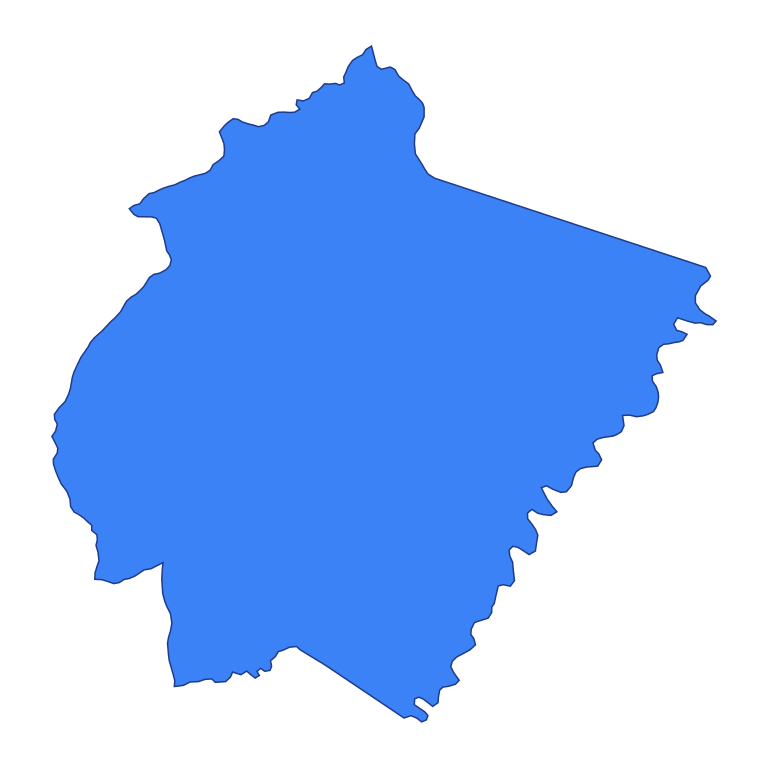 Denise, Mato Grosso, Brazil (orthographic projection)
{"feature_id": "56859067B19812076642254", "entity_name": "Denise", "entity_type": "district", "adm_level": 2, "iso_a3": "BRA", "parent_name": "Brazil", "parent_adm1": "Mato Grosso", "projection": "orthographic", "projection_center": [-56.967, -14.723], "detail": "fine", "context": "isolated", "style": "filled", "palette": "blue", "viewbox_px": 768, "rotation_deg": 0, "n_neighbors": 0, "source": "geoboundaries", "source_scale": "gbopen_adm2", "svg_char_len": 4138}
<svg xmlns="http://www.w3.org/2000/svg" viewBox="0 0 768 768"><path d="M705.8,267.5L434.6,178.2L427.9,173.9L424.6,168.9L422.2,164.6L415.4,153.9L414.4,143.9L414.9,134.0L419.2,128.2L424.1,116.9L424.1,107.4L422.5,103.1L419.3,99.5L415.4,96.0L412.1,90.6L408.6,83.9L403.2,79.9L398.6,76.0L394.9,69.5L390.2,67.0L385.5,68.3L381.3,69.2L377.0,66.4L375.3,60.8L373.2,52.5L371.5,46.1L366.0,49.5L362.6,54.7L357.0,57.5L352.5,60.5L348.2,66.6L346.1,71.9L343.7,77.0L344.3,82.9L339.6,85.0L335.6,83.4L329.7,84.1L324.5,83.8L321.4,87.3L317.0,91.2L312.5,92.6L309.4,98.2L303.6,100.9L297.1,99.9L296.2,104.8L299.8,109.1L294.6,112.2L290.2,112.5L283.7,112.1L277.9,112.3L270.8,115.0L268.4,121.8L264.2,125.4L258.5,126.7L253.1,125.0L248.7,124.0L242.4,122.0L238.1,119.4L233.2,118.7L227.8,122.5L224.2,126.0L219.4,131.8L221.8,137.9L223.9,143.4L224.5,149.6L223.9,156.1L218.3,161.2L213.1,164.6L210.3,170.0L205.3,173.4L198.5,175.1L194.3,176.1L190.0,177.8L185.3,180.2L180.4,182.1L174.6,184.9L168.9,186.3L163.0,188.3L158.3,190.4L154.1,192.6L149.1,193.6L143.7,198.5L139.8,203.8L133.8,205.5L129.3,208.7L133.8,214.3L138.0,216.7L151.5,216.9L156.4,218.2L159.8,223.8L162.5,233.2L164.7,241.0L166.7,250.8L169.4,254.8L171.3,259.6L169.9,265.4L166.1,269.7L159.7,273.1L153.8,274.4L149.4,277.5L146.3,282.6L143.6,286.8L139.3,291.2L135.8,294.4L131.3,297.0L126.6,301.1L124.0,305.6L120.7,311.6L114.9,318.0L110.8,321.6L102.1,330.9L94.6,337.6L90.3,342.6L88.2,346.9L85.0,351.5L81.0,357.2L78.1,363.2L74.1,371.8L72.3,377.4L70.4,388.5L68.7,393.9L65.1,401.6L59.1,407.7L54.4,414.3L54.7,419.4L57.3,424.0L55.6,431.1L51.9,436.4L55.1,442.6L57.8,448.2L57.2,453.2L53.3,459.1L53.5,464.2L55.6,470.9L58.1,477.1L61.3,484.1L64.4,488.0L67.2,492.0L70.0,499.2L70.6,506.6L74.2,512.1L78.4,514.3L83.4,517.7L88.2,522.3L91.7,525.2L91.7,530.5L96.9,534.7L97.3,539.8L96.0,545.4L98.0,552.2L99.0,560.7L96.9,566.8L95.1,572.6L94.8,579.3L102.0,579.7L108.2,581.6L113.9,583.6L119.2,582.6L124.2,579.4L129.2,578.5L134.5,576.3L138.8,573.5L144.1,569.9L151.0,568.7L163.0,562.6L162.3,569.4L161.8,579.4L162.1,584.0L162.7,593.3L164.8,601.3L166.6,605.9L170.5,613.9L171.9,623.2L170.5,631.0L168.6,637.1L167.5,643.2L168.0,648.8L168.4,653.8L169.2,660.4L171.7,669.2L173.1,674.1L174.8,680.6L174.3,686.5L178.8,686.0L183.7,685.3L190.0,682.0L198.5,681.6L204.9,679.4L211.9,678.9L215.2,682.3L220.4,682.0L225.6,681.6L230.4,677.2L232.6,672.1L240.9,674.7L246.7,671.1L250.0,674.0L255.2,678.1L259.4,675.5L257.0,671.4L260.6,668.4L264.8,671.3L270.0,670.4L271.6,666.2L270.5,660.7L275.4,656.5L278.2,651.7L283.1,650.2L289.5,647.2L296.6,646.5L300.3,649.9L325.4,665.2L404.0,718.0L411.0,715.7L416.6,718.0L421.6,721.9L426.4,719.9L427.9,715.6L425.2,712.2L418.6,707.6L414.3,704.7L414.7,698.8L418.8,697.2L423.0,698.9L427.0,701.9L432.7,706.4L438.0,702.7L438.5,696.6L439.7,690.1L443.0,687.1L448.9,686.2L455.5,684.2L459.2,680.3L453.8,672.8L450.8,666.7L452.2,661.4L456.7,657.0L469.8,650.0L475.5,644.8L473.8,638.5L470.8,634.4L471.3,629.0L474.5,622.5L479.0,621.0L488.2,618.1L491.7,612.5L491.7,607.4L494.3,603.3L495.9,595.7L498.3,585.9L503.3,584.7L510.3,586.2L514.5,580.6L513.2,569.4L512.6,562.1L509.8,556.1L509.1,550.0L512.9,546.3L517.8,547.3L522.1,549.9L529.1,554.6L535.4,551.0L536.8,541.2L537.8,535.3L535.7,529.8L531.9,524.1L527.7,518.8L527.5,513.1L531.9,509.4L537.6,513.2L543.9,514.7L551.0,515.4L556.9,511.8L552.2,506.2L547.2,499.2L541.3,487.7L546.6,485.8L552.7,489.2L560.9,492.4L566.4,491.8L571.5,485.6L573.4,477.8L575.9,472.1L580.2,468.7L586.3,467.1L597.8,466.1L601.6,459.8L598.8,453.9L595.3,450.3L593.0,442.9L597.1,439.2L603.1,437.5L613.3,436.0L617.4,434.2L621.4,431.6L624.0,425.7L622.6,415.5L629.4,415.1L636.7,416.7L643.3,415.8L648.0,414.3L653.4,411.6L656.0,407.7L657.9,402.2L658.6,396.8L658.1,392.2L656.5,387.1L652.5,381.2L652.2,375.7L656.7,373.7L662.9,372.5L660.3,364.9L657.2,360.1L656.7,354.8L658.9,347.6L663.5,344.3L668.8,343.8L673.9,342.6L678.7,341.9L682.9,340.5L687.1,334.3L681.7,331.7L676.8,330.4L673.6,324.3L677.5,317.8L687.8,321.2L694.9,323.1L700.5,322.7L706.8,324.6L712.8,324.7L716.1,321.0L709.2,316.1L705.2,313.9L699.9,309.8L695.4,302.9L695.4,295.6L700.8,285.9L707.9,280.4L710.5,276.2L705.8,267.5Z" fill="#3b82f6" stroke="#1e3a8a" stroke-width="1.5"/></svg>